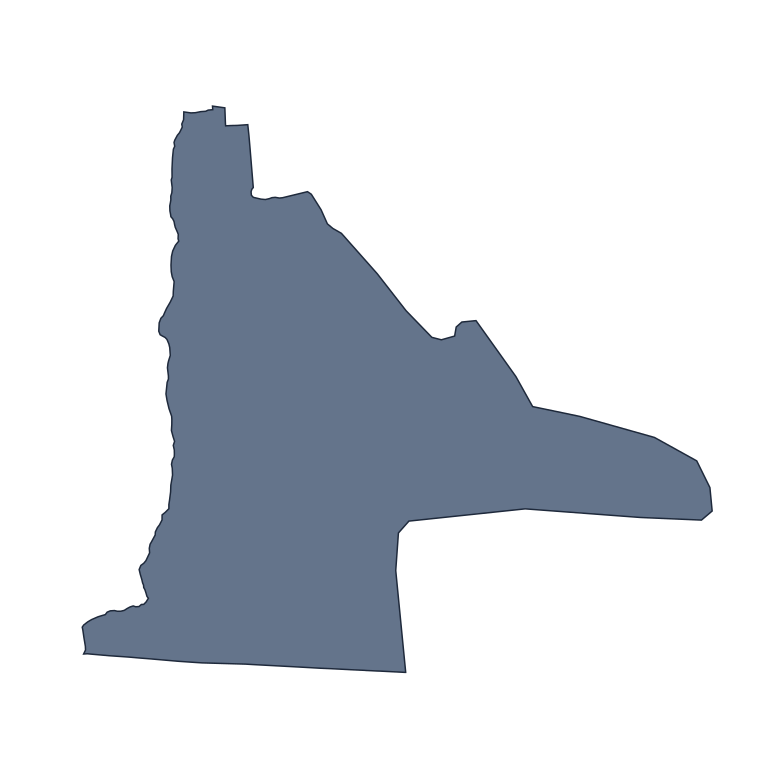 Karrari, Khartoum, Sudan, rotated 176°
{"feature_id": "16777658B93959590111568", "entity_name": "Karrari", "entity_type": "district", "adm_level": 2, "iso_a3": "SDN", "parent_name": "Sudan", "parent_adm1": "Khartoum", "projection": "mercator", "projection_center": [32.496, 16.026], "detail": "fine", "context": "isolated", "style": "filled", "palette": "slate", "viewbox_px": 768, "rotation_deg": 176, "n_neighbors": 0, "source": "geoboundaries", "source_scale": "gbopen_adm2", "svg_char_len": 2987}
<svg xmlns="http://www.w3.org/2000/svg" viewBox="0 0 768 768"><g transform="rotate(176 384 384)"><path d="M382.5,94.8L382.5,95.9L385.3,197.1L380.0,234.4L368.7,245.5L251.9,249.6L137.8,233.0L76.8,226.1L65.5,234.4L66.1,257.9L77.4,285.5L117.9,311.8L190.9,338.0L237.3,351.1L251.9,382.2L287.8,440.8L302.0,440.4L308.0,435.8L310.2,426.9L323.7,424.1L333.0,427.2L356.9,455.6L383.0,494.4L416.0,537.3L424.1,542.7L429.3,547.7L434.6,562.2L443.3,578.4L446.9,581.2L472.2,576.9L475.4,576.8L479.4,577.8L482.8,577.7L485.5,576.9L489.4,576.3L493.8,577.0L501.3,579.3L503.1,581.5L503.2,585.0L502.3,587.4L500.7,589.1L501.2,629.3L501.4,641.2L501.8,652.2L505.6,652.2L512.6,652.2L516.3,652.4L519.1,652.5L524.0,652.6L524.0,655.3L523.8,661.2L523.5,670.6L527.3,671.4L535.7,673.2L535.7,669.6L540.3,669.5L542.8,668.5L547.7,668.5L553.2,667.8L557.7,667.9L564.7,669.4L565.5,661.6L567.6,657.4L567.3,654.4L569.3,650.9L570.6,648.8L572.8,646.5L575.7,641.9L576.6,639.6L576.2,635.7L577.7,633.0L579.2,624.4L580.5,613.3L581.0,605.0L582.0,602.4L581.6,594.7L582.3,589.6L583.6,586.3L583.8,582.5L584.5,579.6L585.3,576.6L585.5,571.6L585.1,568.3L584.9,565.7L583.3,563.6L582.1,560.7L581.8,557.8L581.3,554.9L579.6,550.2L578.8,547.7L579.3,543.2L578.8,540.8L581.0,538.5L582.5,536.8L585.5,531.4L587.1,526.1L588.2,517.5L588.4,510.8L587.8,505.8L586.2,500.8L587.7,491.3L588.2,486.5L590.0,483.3L591.6,480.5L595.6,474.6L598.0,470.2L599.3,467.6L602.0,465.1L603.0,462.9L604.0,460.7L605.0,452.4L603.9,448.8L602.0,447.5L599.1,445.7L597.4,443.6L595.8,438.9L595.2,435.2L595.2,430.6L595.2,427.4L597.3,422.1L598.1,419.5L598.9,415.3L598.5,407.1L598.7,404.0L600.2,400.8L602.2,389.3L601.6,382.8L600.2,374.4L598.1,366.7L598.1,363.6L598.5,358.5L599.3,352.4L598.1,346.2L596.9,341.4L598.5,337.4L597.8,332.8L598.0,328.8L598.3,326.1L600.4,322.9L601.6,318.7L601.1,314.8L601.3,307.9L602.2,304.1L603.7,298.0L604.4,291.3L606.1,282.8L607.0,278.8L607.3,274.6L611.2,271.2L614.5,268.9L614.9,263.9L617.8,259.1L620.0,256.6L622.4,252.4L622.8,249.3L627.2,242.4L628.5,240.5L629.6,236.5L629.6,231.9L633.8,224.4L636.2,221.9L639.2,220.0L641.2,216.0L640.4,211.1L639.2,205.7L638.7,202.5L637.9,200.1L637.9,197.7L636.9,195.6L636.0,192.1L635.3,188.7L634.0,186.7L636.5,183.2L639.1,180.9L641.4,181.0L643.9,179.1L647.2,179.1L649.7,180.1L652.9,179.3L655.8,178.0L658.9,176.3L662.4,175.7L665.8,175.9L668.7,176.8L672.9,176.8L676.1,175.7L678.1,173.4L681.8,172.6L685.6,171.7L692.1,169.4L696.1,167.4L700.3,164.6L702.0,162.5L701.6,159.6L701.3,155.5L701.0,151.6L700.2,143.2L700.3,139.5L702.2,136.1L702.4,135.8L702.5,135.6L701.4,135.6L700.6,135.6L698.8,135.6L695.3,135.0L682.1,132.9L680.5,132.7L680.2,132.6L677.0,132.1L659.1,129.6L657.0,129.3L646.9,127.7L636.3,126.1L608.3,121.7L601.8,120.8L591.0,119.3L585.0,118.5L542.5,114.3L542.2,114.3L534.6,113.3L510.4,110.3L487.8,107.5L467.3,104.9L457.6,103.8L438.5,101.5L437.9,101.4L423.2,99.7L422.1,99.5L416.0,98.8L411.2,98.2L408.2,97.9L395.9,96.4L391.6,95.9L383.5,94.9L382.6,94.8L382.5,94.8Z" fill="#64748b" stroke="#1e293b" stroke-width="1.5"/></g></svg>